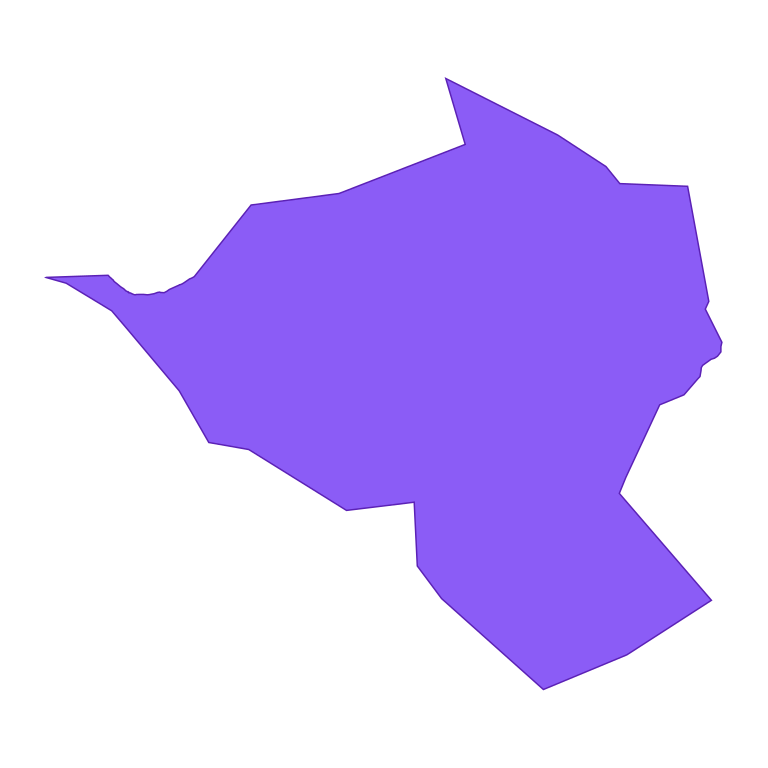 Darvi, Govi-Altay, Mongolia (orthographic projection)
{"feature_id": "93677404B27205660652351", "entity_name": "Darvi", "entity_type": "district", "adm_level": 2, "iso_a3": "MNG", "parent_name": "Mongolia", "parent_adm1": "Govi-Altay", "projection": "orthographic", "projection_center": [94.024, 46.494], "detail": "fine", "context": "isolated", "style": "filled", "palette": "violet", "viewbox_px": 768, "rotation_deg": 0, "n_neighbors": 0, "source": "geoboundaries", "source_scale": "gbopen_adm2", "svg_char_len": 1267}
<svg xmlns="http://www.w3.org/2000/svg" viewBox="0 0 768 768"><path d="M445.8,78.5L465.2,144.4L339.0,193.5L251.1,205.0L194.3,276.6L193.0,277.4L191.2,278.3L189.6,278.9L188.3,279.8L184.1,282.7L182.5,283.7L180.8,284.5L179.4,284.8L178.6,285.4L177.5,285.8L169.3,289.5L166.8,291.3L164.1,292.7L162.7,292.6L161.1,292.5L160.5,292.5L159.8,292.1L157.7,292.4L154.1,293.7L151.9,294.1L149.3,294.6L147.4,294.8L143.4,294.4L140.5,294.4L136.3,294.5L135.4,294.8L134.3,294.7L132.5,294.0L130.7,293.1L130.1,292.9L129.0,292.8L128.7,292.2L128.5,292.5L127.9,292.0L126.9,291.3L126.1,291.1L125.7,290.5L124.8,289.9L124.0,289.0L123.2,288.4L122.6,288.1L120.4,286.6L119.2,285.6L117.9,284.5L117.2,283.9L115.8,282.8L114.0,281.4L113.3,280.1L112.7,279.7L110.8,277.9L110.0,277.3L108.1,275.3L46.3,277.4L46.1,277.5L66.2,283.2L111.7,310.8L126.2,327.8L179.2,390.8L208.8,442.5L248.7,449.5L346.5,510.4L369.7,507.6L414.2,502.2L417.3,566.0L441.6,598.6L543.4,689.5L626.9,654.8L711.4,600.3L619.3,493.4L625.8,477.5L659.7,404.8L684.0,394.8L697.5,379.2L700.0,376.5L701.0,370.8L701.3,367.6L702.6,365.4L711.0,359.3L714.5,358.2L717.5,356.2L720.9,351.9L720.9,346.6L721.9,342.3L705.3,309.1L708.8,301.4L687.6,186.3L619.8,183.6L606.0,166.6L557.8,135.1L445.8,78.5Z" fill="#8b5cf6" stroke="#5b21b6" stroke-width="1.5"/></svg>